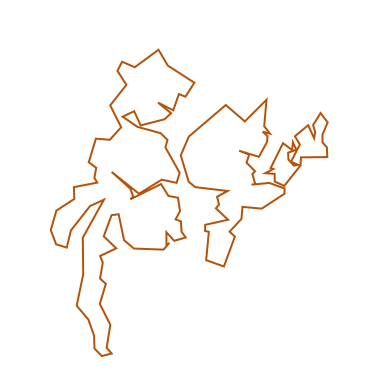 outline of Sortland nor, Nordland, Norway, rotated 170°
{"feature_id": "86288312B55921880538341", "entity_name": "Sortland nor", "entity_type": "district", "adm_level": 2, "iso_a3": "NOR", "parent_name": "Norway", "parent_adm1": "Nordland", "projection": "mercator", "projection_center": [15.403, 68.748], "detail": "medium", "context": "isolated", "style": "outline", "palette": "amber", "viewbox_px": 384, "rotation_deg": 170, "n_neighbors": 0, "source": "geoboundaries", "source_scale": "gbopen_adm2", "svg_char_len": 1924}
<svg xmlns="http://www.w3.org/2000/svg" viewBox="0 0 384 384"><g transform="rotate(170 192 192)"><path d="M259.0,146.4L230.1,140.2L223.1,145.8L226.4,144.0L224.2,156.8L218.0,147.0L206.1,148.3L209.2,154.7L208.0,165.0L212.9,167.9L207.1,175.3L206.8,188.8L215.9,192.2L221.1,205.2L254.0,195.5L250.7,197.7L252.1,205.9L267.6,225.7L244.5,199.5L219.6,209.4L205.6,203.7L200.8,213.0L210.4,240.5L207.1,247.5L212.5,255.3L234.4,265.6L247.2,278.2L234.9,281.6L231.0,266.5L206.4,268.4L198.9,273.2L209.9,285.9L196.3,275.7L187.9,290.7L181.9,287.0L170.7,299.2L193.9,320.7L200.3,337.9L226.7,324.8L238.2,332.4L244.4,324.3L238.0,308.9L257.5,291.5L250.5,268.1L263.8,257.7L277.4,261.2L288.5,239.2L282.1,232.4L285.7,222.9L283.7,217.7L307.5,217.3L309.1,205.6L328.8,197.2L337.7,179.0L334.9,164.1L325.0,159.0L317.9,175.2L294.8,195.9L280.1,199.7L307.5,165.9L313.4,129.9L325.3,100.0L316.2,84.4L313.4,67.4L315.2,54.7L309.3,46.1L299.2,46.9L303.1,53.4L295.5,75.4L302.2,97.8L292.8,116.5L297.6,122.7L292.1,138.0L293.6,145.0L276.4,149.7L286.6,163.7L275.2,183.2L268.1,182.8L267.3,156.3L259.0,146.4ZM143.6,271.8L185.4,247.2L196.7,230.1L193.5,202.7L187.9,196.2L156.7,186.8L168.1,183.0L167.6,174.9L171.3,171.8L161.3,158.4L184.7,157.4L185.9,151.3L182.3,149.9L189.9,122.4L173.5,113.1L157.5,140.7L161.9,146.4L147.9,157.0L144.9,168.6L126.2,163.5L101.3,174.2L100.2,179.4L114.3,187.5L132.1,188.9L128.3,188.9L129.4,199.3L126.3,201.5L133.2,211.4L129.3,218.8L138.4,224.5L120.0,215.0L109.3,228.4L107.9,233.9L111.9,239.1L105.1,236.0L109.5,244.2L102.6,269.9L127.7,252.3L143.6,271.8ZM51.4,212.5L54.9,218.3L53.5,225.8L46.3,237.0L51.7,247.4L61.1,236.9L60.3,229.4L62.4,223.7L66.0,237.6L81.0,229.0L77.5,220.1L89.2,204.6L82.8,200.3L87.0,200.3L91.4,207.1L90.5,214.0L81.9,215.5L84.0,223.4L86.1,215.9L93.9,224.3L110.4,201.9L107.9,200.5L116.5,197.8L107.5,195.5L108.7,187.9L100.1,182.0L80.5,199.3L78.7,207.2L52.7,202.9L51.4,212.5Z" fill="none" stroke="#b45309" stroke-width="2"/></g></svg>